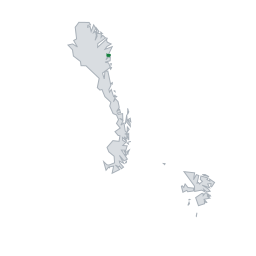 location of Vestnes nor, Møre og Romsdal, Norway, rotated 138°
{"feature_id": "86288312B24407924476588", "entity_name": "Vestnes nor", "entity_type": "district", "adm_level": 2, "iso_a3": "NOR", "parent_name": "Norway", "parent_adm1": "Møre og Romsdal", "projection": "orthographic", "projection_center": [6.983, 62.551], "detail": "fine", "context": "in_parent", "style": "filled", "palette": "green", "viewbox_px": 256, "rotation_deg": 138, "n_neighbors": 0, "source": "geoboundaries", "source_scale": "gbopen_adm2", "svg_char_len": 4489}
<svg xmlns="http://www.w3.org/2000/svg" viewBox="0 0 256 256"><g transform="rotate(138 128 128)"><path d="M143.6,124.1L139.2,127.6L140.3,129.1L140.1,134.0L133.8,133.2L133.5,139.1L129.5,140.5L127.8,145.3L129.4,148.7L126.9,156.5L123.5,158.6L124.2,166.7L121.6,174.0L123.5,175.0L123.8,178.5L116.2,184.2L117.6,202.4L121.2,205.7L118.8,209.3L120.4,218.0L116.9,223.3L117.1,229.8L112.9,227.5L111.4,222.0L109.8,229.4L106.6,228.6L99.8,238.2L93.8,239.4L86.3,232.5L86.8,229.7L89.2,231.1L90.6,229.9L88.2,228.9L90.8,224.4L84.5,227.6L85.4,223.5L89.9,221.9L87.6,221.4L89.6,217.9L93.8,215.2L89.7,216.8L84.6,223.6L85.0,219.2L87.4,218.9L84.8,215.7L87.3,213.4L84.8,213.8L84.4,209.9L94.0,210.9L96.6,208.3L84.9,208.4L86.0,205.6L84.3,201.7L89.2,202.7L92.5,201.9L85.3,199.0L98.7,193.5L92.6,193.6L96.3,189.9L101.0,192.3L98.9,189.3L100.6,184.9L110.2,185.9L112.8,180.4L107.1,185.6L104.9,183.8L112.3,171.0L116.4,169.4L117.8,167.0L114.7,167.8L117.7,160.9L116.6,159.6L121.3,157.2L117.8,158.2L117.8,154.2L120.7,149.2L125.5,147.8L121.7,147.6L123.3,144.5L125.9,146.3L126.1,144.6L122.4,142.3L126.2,137.7L127.8,140.8L126.8,136.7L131.4,134.9L127.6,134.5L132.1,127.6L132.0,124.5L134.4,125.7L133.2,124.1L136.2,120.5L136.8,124.1L137.9,118.7L138.5,124.6L140.2,122.4L139.0,118.8L143.6,118.5L140.6,115.3L144.5,112.9L147.7,116.0L149.3,105.3L152.9,106.2L152.7,113.4L154.8,104.6L156.6,109.2L157.5,107.8L157.5,101.9L160.2,102.2L159.8,105.4L160.9,105.1L162.1,109.0L161.9,102.7L170.1,105.0L164.2,109.3L168.4,111.9L172.6,111.3L168.6,119.3L168.3,114.8L167.0,113.2L161.3,111.1L157.2,116.3L158.2,123.1L156.6,127.6L147.7,128.7L143.6,124.1ZM109.3,26.0L112.3,27.9L112.8,31.7L113.7,29.5L114.8,32.5L120.9,36.3L117.4,40.5L115.6,58.1L108.5,50.1L113.9,45.7L108.4,47.6L107.2,45.3L113.6,40.8L112.0,40.2L112.4,38.6L108.4,38.6L108.7,41.5L105.9,43.5L101.9,37.1L103.8,36.9L102.7,33.8L101.5,35.4L100.1,29.6L105.2,28.3L105.7,29.1L103.5,31.2L106.3,33.1L107.3,28.9L111.1,35.9L109.1,29.2L109.3,26.0ZM114.1,21.1L119.2,24.1L119.2,20.0L119.9,20.3L120.2,22.5L121.7,20.5L127.6,23.1L124.3,31.0L116.9,30.0L115.9,29.2L117.4,27.4L113.9,28.0L112.8,26.6L113.6,25.4L111.9,24.7L114.2,24.5L113.5,22.6L114.7,23.4L114.1,21.1ZM121.6,37.5L126.3,40.7L126.0,42.3L130.2,43.5L127.3,49.0L126.4,48.8L126.3,46.5L123.0,48.2L123.3,43.6L119.3,39.2L121.6,37.5ZM124.9,134.6L127.4,132.7L120.0,138.8L123.6,134.2L123.3,130.1L125.2,127.6L124.9,134.6ZM128.0,126.3L131.6,125.4L127.8,129.2L128.0,126.3ZM131.2,123.4L135.5,118.5L133.6,123.2L131.2,123.4ZM100.4,37.6L103.2,41.8L103.9,43.7L101.8,41.7L100.4,37.6ZM121.8,130.7L122.9,134.3L119.8,133.8L121.8,130.7ZM145.8,108.2L144.6,111.2L141.7,110.8L144.6,109.6L145.8,108.2ZM146.6,110.0L146.6,113.2L145.2,112.6L146.6,110.0ZM116.6,139.5L119.4,138.3L116.5,141.1L116.6,139.5ZM136.3,16.8L133.5,18.9L136.3,16.6L136.3,16.8ZM133.0,30.6L135.3,30.4L132.3,32.0L133.0,30.6ZM150.9,104.6L152.5,103.4L153.3,103.8L150.9,104.6ZM147.7,108.9L147.7,110.6L146.8,109.3L147.7,108.9ZM138.4,115.8L138.7,117.4L137.8,117.0L138.4,115.8ZM125.2,76.3L125.4,77.9L124.3,76.8L125.2,76.3ZM131.2,33.9L130.2,34.0L129.9,33.4L131.2,33.9ZM110.4,171.1L111.1,172.4L109.3,172.2L110.4,171.1ZM134.9,116.1L136.1,116.6L136.9,117.4L134.9,116.1ZM112.1,22.6L112.7,23.6L112.0,23.3L112.1,22.6ZM101.5,183.9L99.3,184.1L101.6,183.2L101.5,183.9ZM98.5,186.2L97.7,187.4L97.3,186.8L98.5,186.2ZM116.1,141.5L115.2,142.9L116.1,140.6L116.1,141.5ZM84.4,216.2L84.1,218.1L83.9,215.6L84.4,216.2ZM115.8,160.0L115.3,158.9L115.9,158.9L115.8,160.0ZM168.3,110.3L168.6,111.6L168.4,111.4L168.3,110.3ZM116.5,161.0L115.3,161.3L116.7,160.7L116.5,161.0ZM113.3,163.7L113.5,164.8L112.9,164.5L113.3,163.7ZM84.0,208.3L83.4,209.4L83.5,208.5L84.0,208.3Z" fill="#d9dde1" stroke="#a8b0b8" stroke-width="1"/><path d="M94.7,194.6L94.4,194.5L94.4,194.8L94.4,195.0L94.5,195.0L94.4,195.2L94.5,195.3L94.4,195.3L94.4,195.5L94.4,195.4L94.4,195.2L94.3,194.9L94.2,194.9L94.3,194.8L94.2,194.8L94.2,194.7L94.1,194.4L93.9,194.3L93.7,194.3L93.8,194.3L93.8,194.2L93.7,194.3L93.4,194.3L93.4,194.5L93.5,194.5L93.4,194.7L93.5,194.7L93.4,194.7L93.4,194.8L93.5,194.9L93.5,195.0L93.4,195.0L93.4,194.9L93.3,194.7L93.2,194.7L93.0,194.4L92.9,194.3L92.8,194.2L92.7,194.3L92.4,194.4L92.4,194.5L92.5,194.5L92.6,194.8L92.8,195.0L93.0,195.1L93.1,195.3L93.3,195.3L93.5,195.4L93.6,195.5L93.8,195.7L93.8,195.8L93.8,196.0L94.0,196.2L94.2,196.3L94.3,196.3L94.4,196.2L94.5,196.2L94.5,196.3L94.6,196.2L94.8,196.0L94.8,195.9L94.8,195.7L95.0,195.5L95.1,195.4L95.0,195.2L94.9,195.0L94.7,194.9L94.7,194.7L94.7,194.6Z" fill="#22c55e" stroke="#15803d" stroke-width="1.5"/></g></svg>